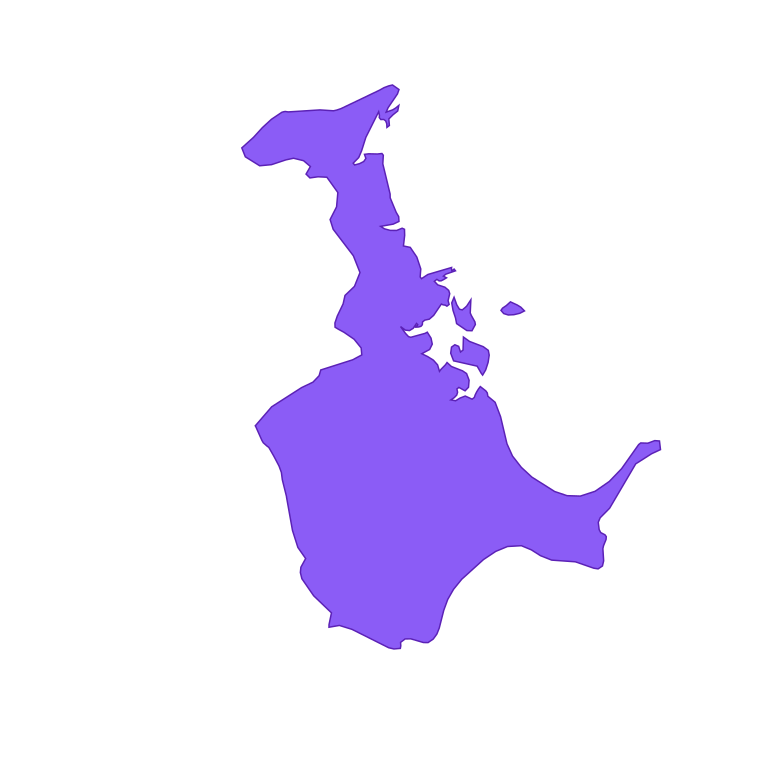 map outline of Chiriquí (Natural Earth projection), rotated 232°
{"feature_id": "PAN-1332", "entity_name": "Chiriquí", "entity_type": "Province", "adm_level": 1, "iso_a3": "PAN", "parent_name": "Panama", "parent_adm1": "", "projection": "natural_earth1", "projection_center": [-82.256, 8.459], "detail": "fine", "context": "isolated", "style": "filled", "palette": "violet", "viewbox_px": 768, "rotation_deg": 232, "n_neighbors": 0, "source": "natural_earth", "source_scale": "10m", "svg_char_len": 3966}
<svg xmlns="http://www.w3.org/2000/svg" viewBox="0 0 768 768"><g transform="rotate(232 384 384)"><path d="M129.1,465.3L126.9,465.2L124.8,463.3L121.4,457.4L119.5,455.1L109.4,448.2L106.1,444.1L106.5,438.9L109.7,435.9L126.1,425.3L142.0,407.7L152.4,401.6L162.6,398.0L172.0,392.7L179.9,381.3L183.3,369.0L184.4,354.3L182.3,325.1L179.4,312.4L175.0,301.6L168.9,291.8L157.6,277.2L154.4,271.7L152.7,265.8L153.1,259.5L156.0,255.9L166.7,248.2L170.1,243.7L170.2,238.0L167.3,236.0L165.6,234.1L169.1,228.7L173.3,225.3L210.4,207.7L221.2,200.2L226.2,190.9L228.2,192.5L236.0,201.7L260.4,198.2L281.1,199.4L286.9,202.0L290.8,205.7L294.7,214.8L308.2,215.5L324.9,221.7L354.8,237.5L355.4,237.9L371.1,244.9L377.5,248.7L384.1,250.8L395.2,252.8L405.0,254.2L407.0,253.6L412.0,252.7L414.9,253.1L429.7,256.8L430.3,256.8L435.2,281.5L431.9,316.8L429.2,329.2L430.5,338.0L434.0,342.8L422.4,374.1L420.6,384.4L426.5,388.2L437.7,388.0L449.4,384.3L455.4,381.7L458.9,380.4L462.3,382.9L466.3,389.0L472.3,401.1L477.8,407.8L479.1,420.8L486.6,433.7L503.9,438.8L537.2,439.2L546.8,442.8L552.8,455.7L563.3,465.5L582.1,466.3L587.9,459.6L592.0,452.5L597.4,451.8L600.7,459.9L609.5,458.1L617.6,451.7L621.0,444.7L626.1,430.4L632.5,420.4L648.4,414.6L657.6,417.3L658.7,433.0L660.9,446.0L661.9,458.3L661.0,470.9L660.1,473.0L659.5,474.0L657.4,476.0L639.4,502.3L630.4,512.4L629.0,515.3L627.5,519.6L618.3,561.4L617.5,566.5L616.0,571.3L614.4,574.8L607.2,577.0L606.8,577.1L604.3,573.2L599.2,557.3L596.9,553.1L594.7,559.6L594.3,563.0L594.4,567.2L590.7,562.9L590.6,556.8L589.9,551.0L584.4,547.4L584.4,544.3L587.4,546.4L590.3,547.3L592.6,546.7L594.4,544.3L596.9,544.3L598.1,545.5L598.9,546.0L601.8,547.4L589.5,521.5L581.6,510.0L578.0,503.5L577.0,495.7L574.7,495.7L572.7,500.4L571.8,505.0L572.9,508.6L577.0,510.0L574.8,513.7L569.3,520.4L566.9,524.3L564.7,524.3L558.2,518.6L530.0,505.8L526.9,503.5L511.8,499.3L506.8,498.6L502.9,495.9L504.3,489.7L510.3,478.4L506.0,479.9L501.2,483.5L497.2,488.5L495.6,494.2L493.3,495.4L488.4,491.8L480.8,484.3L475.5,488.8L463.8,488.0L452.0,483.8L446.1,478.4L443.9,478.4L443.3,486.0L434.2,509.0L433.5,508.3L431.9,507.3L431.4,507.2L431.4,510.0L429.2,510.0L432.5,500.3L432.4,497.2L429.2,498.6L429.6,495.2L430.1,492.6L431.4,490.9L433.9,490.1L433.9,486.9L429.0,487.4L422.8,491.6L417.9,492.6L414.7,491.4L410.2,485.8L406.6,484.3L406.6,481.5L408.4,480.8L410.0,479.3L411.7,478.4L407.5,465.4L407.2,459.6L409.2,455.5L409.2,452.6L407.1,450.7L406.7,448.6L407.6,446.4L409.2,444.1L409.7,445.2L409.6,446.3L409.9,447.1L411.7,446.9L409.9,441.3L410.4,437.0L413.3,434.0L419.1,432.4L410.7,432.1L406.2,432.5L404.3,433.9L398.6,447.6L398.2,450.0L391.2,449.3L385.7,446.6L383.1,441.2L384.6,432.4L378.7,435.3L372.4,437.6L366.1,438.0L359.8,435.5L360.5,438.2L361.3,444.2L362.1,446.9L356.3,447.9L346.0,454.0L341.4,455.5L334.6,453.4L329.4,448.6L328.7,443.7L335.2,440.9L335.2,438.4L332.2,436.9L330.5,434.5L330.0,431.1L330.3,426.9L326.7,430.1L326.1,435.3L324.5,440.6L317.8,444.1L317.8,446.9L319.3,449.2L320.7,452.1L321.9,455.3L322.7,458.3L315.9,460.0L313.4,459.9L310.4,458.3L301.2,460.3L286.4,455.7L261.2,444.1L248.1,440.9L233.8,440.9L219.6,443.2L194.2,452.3L183.3,459.5L174.8,469.7L169.5,484.3L168.5,501.6L171.0,519.1L179.5,547.4L179.5,550.0L174.9,555.5L172.7,562.5L169.5,566.0L162.1,561.5L164.3,551.9L166.1,533.2L147.2,485.3L145.5,472.0L143.1,467.7L136.8,463.9L133.5,463.3L129.1,465.3ZM362.1,467.2L372.1,475.5L364.9,477.6L352.3,485.2L346.3,486.9L342.0,484.7L336.9,479.3L332.5,472.8L330.3,467.2L332.5,467.2L340.7,468.4L359.4,453.1L367.2,455.5L371.5,459.9L371.3,464.0L367.7,466.0L362.1,464.0L362.1,467.2ZM409.2,492.6L401.6,490.1L396.5,489.5L394.2,491.3L394.3,495.1L394.5,497.2L396.9,504.3L386.9,495.7L384.2,495.0L377.0,493.9L374.6,492.6L371.8,486.1L375.1,482.2L386.9,478.4L392.0,481.0L399.5,483.7L406.2,487.3L409.2,492.6ZM355.1,539.7L356.1,534.6L358.6,529.1L361.9,524.4L365.8,521.7L370.0,521.5L370.8,524.1L370.5,528.7L370.9,534.2L364.3,537.6L360.3,539.1L355.1,539.7Z" fill="#8b5cf6" stroke="#5b21b6" stroke-width="1.5"/></g></svg>